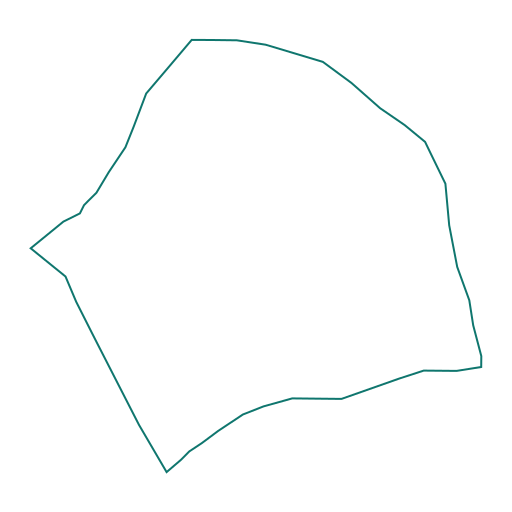 Disuq, Kafr ash Shaykh, Egypt
{"feature_id": "37247803B31091771651272", "entity_name": "Disuq", "entity_type": "district", "adm_level": 2, "iso_a3": "EGY", "parent_name": "Egypt", "parent_adm1": "Kafr ash Shaykh", "projection": "mercator", "projection_center": [30.648, 31.145], "detail": "fine", "context": "isolated", "style": "outline", "palette": "teal", "viewbox_px": 512, "rotation_deg": 0, "n_neighbors": 0, "source": "geoboundaries", "source_scale": "gbopen_adm2", "svg_char_len": 717}
<svg xmlns="http://www.w3.org/2000/svg" viewBox="0 0 512 512"><path d="M166.6,472.1L181.1,459.7L189.3,451.4L201.7,443.2L218.2,430.9L242.9,414.5L263.5,406.4L292.2,398.4L321.0,398.7L341.5,398.9L399.1,378.6L423.7,370.6L456.6,370.9L481.2,367.0L481.3,356.1L473.2,325.3L469.3,300.3L457.2,266.9L449.2,225.3L445.4,183.7L430.5,153.1L425.1,141.9L404.7,125.1L380.1,108.2L351.5,83.0L322.9,61.9L265.6,44.7L236.8,40.3L212.2,40.0L191.7,39.9L169.0,66.7L146.2,93.5L133.7,126.6L125.4,147.3L108.8,172.1L96.4,192.8L88.1,201.0L84.0,205.2L79.9,213.4L63.4,221.6L30.7,248.3L31.7,249.1L32.7,249.9L37.6,253.9L45.0,259.9L65.5,276.5L76.2,301.8L91.8,332.7L97.5,343.9L139.0,424.9L166.6,472.1Z" fill="none" stroke="#0f766e" stroke-width="2"/></svg>